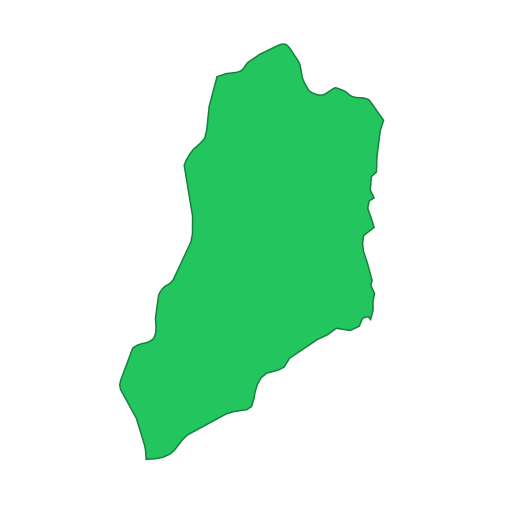 map outline of Colonia (Mercator projection), rotated 276°
{"feature_id": "URY-4", "entity_name": "Colonia", "entity_type": "Department", "adm_level": 1, "iso_a3": "URY", "parent_name": "Uruguay", "parent_adm1": "", "projection": "mercator", "projection_center": [-57.607, -34.127], "detail": "fine", "context": "isolated", "style": "filled", "palette": "green", "viewbox_px": 512, "rotation_deg": 276, "n_neighbors": 0, "source": "natural_earth", "source_scale": "10m", "svg_char_len": 1790}
<svg xmlns="http://www.w3.org/2000/svg" viewBox="0 0 512 512"><g transform="rotate(276 256 256)"><path d="M404.2,368.7L393.9,366.5L368.1,365.9L352.2,367.0L346.9,362.4L333.5,362.8L326.1,367.4L322.6,362.8L315.2,362.1L307.1,366.0L296.8,370.5L287.7,361.0L280.3,360.6L271.8,362.4L260.2,367.7L243.9,374.0L238.7,373.3L231.2,377.8L222.8,377.1L214.3,378.1L204.8,376.6L207.6,373.8L205.2,368.5L197.0,366.0L191.8,357.5L192.5,343.4L185.2,335.4L179.4,325.8L157.9,300.1L148.4,295.5L145.0,290.2L140.5,278.7L135.4,273.7L128.2,270.7L120.5,269.3L113.8,268.9L105.9,267.3L102.3,263.1L98.9,250.0L95.6,242.5L71.0,206.7L65.7,202.1L54.8,195.5L50.1,191.2L46.1,184.5L43.9,177.3L42.3,168.0L42.5,168.0L51.7,166.3L55.8,165.1L81.9,154.1L109.0,135.3L113.6,133.9L118.6,134.5L151.4,143.0L152.9,144.6L154.7,147.0L155.5,148.5L156.9,151.7L158.0,155.2L158.7,156.8L160.4,159.8L161.4,161.0L162.5,162.0L163.2,162.6L164.5,163.3L166.8,163.9L169.8,164.3L174.9,164.0L183.6,162.5L206.3,163.2L209.2,164.0L213.1,166.0L215.2,167.6L216.8,169.2L217.4,170.1L217.8,170.8L217.5,170.4L219.3,172.7L220.7,174.0L223.5,176.1L263.1,189.8L271.3,190.5L288.8,188.8L338.8,175.1L344.1,176.6L350.4,179.5L355.9,182.8L360.8,187.5L366.3,191.8L367.9,192.7L376.1,193.8L400.0,193.8L430.3,198.5L434.2,207.1L436.6,217.5L437.9,220.5L439.3,222.7L440.7,223.7L445.6,226.2L447.7,227.7L457.2,239.0L467.9,256.1L469.5,259.8L469.7,262.1L469.6,263.1L469.3,264.1L468.7,265.0L466.7,267.5L453.8,278.0L452.5,278.8L450.4,279.9L438.0,283.5L433.4,286.0L426.4,291.0L425.1,292.8L424.0,295.4L422.8,300.0L422.7,302.9L423.0,305.2L423.8,306.9L424.7,308.3L430.4,315.2L431.6,317.1L431.4,319.6L429.3,326.8L427.8,329.6L426.1,331.7L424.5,335.4L424.1,339.3L424.4,346.1L424.0,349.4L423.2,351.8L422.1,353.1L404.2,368.7L404.2,368.7Z" fill="#22c55e" stroke="#15803d" stroke-width="1.5"/></g></svg>